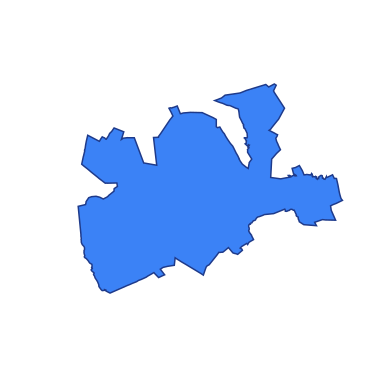 outline of Jitotol, Chiapas, Mexico, rotated 144°
{"feature_id": "50627088B7857917037309", "entity_name": "Jitotol", "entity_type": "district", "adm_level": 2, "iso_a3": "MEX", "parent_name": "Mexico", "parent_adm1": "Chiapas", "projection": "natural_earth1", "projection_center": [-92.885, 17.089], "detail": "fine", "context": "isolated", "style": "filled", "palette": "blue", "viewbox_px": 384, "rotation_deg": 144, "n_neighbors": 0, "source": "geoboundaries", "source_scale": "gbopen_adm2", "svg_char_len": 5930}
<svg xmlns="http://www.w3.org/2000/svg" viewBox="0 0 384 384"><g transform="rotate(144 192 192)"><path d="M318.8,184.3L319.1,183.7L320.0,183.4L320.3,182.3L320.2,181.6L320.9,179.4L321.0,176.6L321.2,174.8L321.9,171.9L322.9,170.1L322.9,166.2L322.6,165.0L320.5,163.8L320.1,164.4L319.3,163.3L319.8,162.5L318.6,160.1L317.7,158.4L299.3,154.4L296.6,153.7L294.2,153.2L289.5,152.0L287.3,151.9L284.5,151.1L281.6,150.5L279.0,150.0L277.3,150.0L273.0,149.5L270.2,149.2L270.1,147.9L269.3,142.4L266.2,141.8L265.6,141.7L262.8,141.1L263.0,148.2L259.7,148.0L255.4,146.2L249.4,143.1L244.3,148.7L243.3,145.9L242.6,144.3L241.6,141.7L239.7,137.4L232.7,120.8L231.7,118.1L224.8,122.9L223.8,123.2L222.9,123.4L222.3,123.3L221.5,123.1L220.7,123.1L209.0,126.3L205.7,127.4L205.1,126.8L203.1,125.7L202.5,125.2L201.6,125.2L199.8,125.3L195.2,125.6L194.7,118.7L193.7,117.3L192.6,116.1L191.7,114.7L185.5,115.2L185.2,116.5L186.0,118.3L183.7,118.7L178.6,118.3L177.9,118.2L177.9,116.8L175.8,117.7L175.7,117.8L173.8,117.7L170.2,117.3L170.0,118.3L169.7,120.5L169.6,120.8L169.5,121.4L169.2,122.2L169.4,123.2L169.2,123.7L169.4,124.9L169.1,125.6L169.3,126.3L169.0,127.1L168.8,127.1L168.6,127.7L167.6,128.2L166.8,129.5L166.8,130.1L166.1,131.3L165.5,131.9L164.9,132.0L163.9,131.7L163.9,132.2L163.1,132.3L162.2,132.0L161.5,131.9L160.8,132.3L159.7,132.5L159.2,132.7L158.5,132.4L157.9,132.1L157.0,132.1L156.2,132.6L155.4,132.9L154.8,133.0L154.4,133.2L153.7,133.0L153.2,133.1L152.0,132.5L148.4,131.5L146.7,131.2L138.6,126.5L127.0,123.6L127.0,123.4L127.4,122.1L127.8,121.6L127.3,121.1L126.7,120.7L125.6,120.4L125.0,120.4L124.4,120.0L123.5,120.0L122.6,120.1L122.3,119.8L121.8,119.6L121.5,119.4L121.0,118.7L120.8,117.7L120.0,117.2L121.0,112.2L121.6,111.6L121.5,110.6L121.2,110.3L121.2,109.9L120.9,109.5L120.9,109.3L121.1,108.8L121.8,107.9L121.8,107.6L122.0,107.3L122.0,107.0L122.1,106.8L122.1,106.3L122.5,105.3L122.7,104.9L120.8,99.9L111.1,91.6L110.6,95.4L102.7,93.0L100.4,90.9L92.4,84.8L90.1,95.4L88.0,99.4L84.9,98.8L82.0,98.0L75.2,96.8L75.3,98.7L75.1,99.7L73.8,103.3L72.9,105.4L69.8,111.9L67.2,118.0L68.3,119.0L68.9,119.3L68.2,123.3L74.1,124.4L74.6,124.6L74.2,125.5L76.3,124.4L77.0,124.1L77.7,124.8L77.6,125.0L77.6,126.2L77.7,126.3L77.8,126.3L78.0,126.2L78.3,126.5L77.1,128.5L77.4,129.2L78.1,129.7L78.7,129.7L80.4,129.6L81.0,129.7L81.0,129.1L81.3,128.8L81.7,128.7L81.8,128.5L82.1,128.8L82.3,129.0L83.0,128.7L83.0,129.6L83.5,129.7L83.5,130.1L83.4,130.3L83.1,130.4L82.8,130.9L82.5,131.3L82.9,132.1L83.5,132.0L83.9,132.3L84.1,132.4L84.7,133.1L84.8,133.2L84.8,133.5L85.5,133.4L85.6,133.7L85.4,134.1L85.2,134.5L84.9,134.9L84.9,135.0L84.2,135.7L84.3,135.9L84.5,136.2L84.5,136.6L85.0,136.2L85.3,136.2L86.2,136.2L88.9,138.8L89.5,139.0L91.3,140.0L90.2,144.4L89.6,150.3L94.0,151.0L97.1,152.3L99.1,147.1L98.0,144.2L98.1,143.8L98.7,144.2L99.1,144.4L99.4,144.8L99.8,145.6L100.0,145.9L100.9,145.9L101.4,146.1L102.1,146.1L102.5,146.3L103.3,148.1L104.3,148.7L104.2,147.9L103.8,146.4L112.5,150.5L119.8,157.5L108.2,171.8L100.9,173.5L95.6,174.2L94.7,179.1L94.4,180.0L93.8,183.2L93.3,184.5L92.6,186.2L90.2,187.2L89.1,188.1L89.6,188.8L90.8,191.5L93.4,196.6L91.4,196.6L90.0,197.1L86.0,198.2L80.8,199.6L79.4,199.9L67.9,205.4L66.9,224.1L66.6,225.9L65.7,226.4L61.1,228.9L61.9,231.0L68.2,231.9L69.1,235.6L88.3,242.2L94.3,243.7L95.4,244.1L108.3,250.9L113.0,250.7L114.6,251.2L116.7,251.7L119.8,252.6L117.7,249.3L116.3,247.3L115.2,245.9L114.0,243.9L112.9,241.9L112.0,240.9L110.5,239.6L107.3,234.0L106.1,232.6L105.8,231.9L106.7,229.7L109.5,224.6L110.1,220.7L110.7,217.7L110.7,216.1L110.8,215.8L111.3,215.7L112.4,213.1L112.0,212.3L112.3,210.3L112.9,207.1L115.0,203.8L115.7,203.5L118.2,205.5L117.6,204.2L117.7,203.2L118.0,202.9L117.8,201.4L117.9,201.2L118.8,200.7L119.4,199.5L120.7,199.7L120.1,196.6L119.6,197.1L118.9,196.6L118.5,196.8L118.5,196.7L118.1,196.2L120.4,195.3L120.0,194.3L121.6,193.9L122.2,193.7L122.4,193.1L123.2,192.1L123.7,191.4L124.3,183.5L128.4,182.2L129.0,181.5L129.8,180.8L131.9,178.8L132.7,178.0L133.5,179.9L134.9,185.0L134.8,188.8L134.5,191.1L134.3,191.1L133.7,194.3L133.5,196.1L133.4,197.5L132.4,203.1L132.1,205.2L132.4,208.6L132.4,209.9L132.3,212.5L132.3,213.4L132.0,217.5L131.6,220.1L131.8,222.3L131.6,225.5L131.3,228.2L133.6,229.1L134.0,230.5L129.7,236.4L131.2,239.7L137.1,250.2L146.4,257.3L152.0,260.7L152.5,261.0L153.2,261.3L154.0,261.5L155.4,262.2L153.4,270.3L156.8,271.2L158.3,271.8L158.9,271.8L160.1,272.9L161.4,273.3L162.0,268.8L162.8,264.7L163.0,264.7L164.0,264.3L167.4,263.4L183.3,257.6L186.5,256.6L187.0,256.0L191.1,258.7L204.8,234.4L214.0,243.9L206.8,269.8L212.5,274.0L215.9,275.9L218.2,276.0L211.8,280.8L217.4,289.6L221.4,288.2L224.2,287.8L226.7,286.4L230.1,285.2L230.4,285.1L230.7,285.4L230.8,286.1L230.9,287.1L231.1,287.5L231.4,287.8L232.2,289.4L235.3,288.3L236.2,287.8L237.2,287.5L243.0,299.2L247.2,295.6L250.4,292.6L253.0,289.9L254.4,289.0L254.6,288.3L258.6,284.9L259.4,284.3L259.7,284.0L264.9,279.3L264.2,276.4L263.1,272.6L262.5,270.2L262.1,268.5L261.8,267.2L260.4,262.1L259.8,259.9L259.5,258.8L259.3,257.8L257.0,250.1L256.1,249.6L255.3,248.9L249.4,244.8L248.5,244.2L247.5,243.4L249.1,240.3L250.8,240.4L252.9,240.5L253.3,240.2L253.8,239.5L254.7,238.5L255.3,238.5L261.3,238.2L262.5,237.9L263.1,237.9L264.1,237.9L265.3,238.1L267.9,238.5L269.7,242.0L272.1,244.9L275.9,247.2L278.9,248.1L283.3,246.5L284.4,245.3L284.6,245.2L285.5,244.4L292.5,247.3L306.9,222.8L307.8,221.6L308.8,219.6L309.1,219.2L309.5,219.0L310.0,218.0L311.1,216.4L311.3,215.8L311.4,215.2L311.6,214.5L311.7,213.9L311.4,211.3L311.7,210.2L311.9,209.8L312.3,209.3L312.7,208.7L314.1,207.8L314.2,207.5L314.4,207.0L315.0,206.5L315.3,205.9L315.3,205.7L315.7,205.0L315.8,204.5L316.1,203.5L317.3,202.8L317.2,201.5L316.7,200.5L316.4,197.9L316.4,196.8L316.5,195.9L316.5,194.8L316.3,194.1L316.1,193.7L315.9,193.2L315.5,192.4L316.4,190.7L316.8,190.4L317.6,190.0L317.7,189.6L317.4,189.1L317.6,188.7L319.2,188.4L319.4,188.3L319.5,187.4L319.4,186.5L318.8,184.3Z" fill="#3b82f6" stroke="#1e3a8a" stroke-width="1.5"/></g></svg>